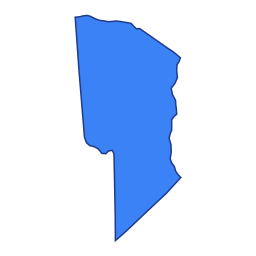 the district of São Luís do Curu, Ceará, Brazil
{"feature_id": "56859067B5197375737563", "entity_name": "São Luís do Curu", "entity_type": "district", "adm_level": 2, "iso_a3": "BRA", "parent_name": "Brazil", "parent_adm1": "Ceará", "projection": "equal_earth", "projection_center": [-39.255, -3.658], "detail": "fine", "context": "isolated", "style": "filled", "palette": "blue", "viewbox_px": 256, "rotation_deg": 0, "n_neighbors": 0, "source": "geoboundaries", "source_scale": "gbopen_adm2", "svg_char_len": 846}
<svg xmlns="http://www.w3.org/2000/svg" viewBox="0 0 256 256"><path d="M180.8,177.5L178.0,174.6L175.6,171.0L174.4,166.7L171.4,162.4L170.2,158.7L171.2,152.5L171.0,144.7L169.1,138.2L170.1,133.9L171.7,130.1L171.7,124.7L171.7,119.8L173.8,116.7L176.7,114.2L176.4,109.2L175.8,104.9L175.5,100.2L172.4,94.4L171.2,88.3L175.1,83.0L177.4,77.6L176.7,70.7L176.9,65.0L178.9,61.8L180.4,57.8L173.2,51.8L167.4,48.0L139.7,28.6L136.4,28.8L133.7,26.2L131.3,23.5L127.2,22.6L123.6,22.1L120.4,21.5L116.4,21.0L111.2,21.5L108.0,21.7L104.5,21.0L99.3,20.3L94.2,18.3L90.2,16.2L86.7,15.4L83.2,15.9L79.4,16.8L75.2,17.2L79.2,73.3L84.5,137.5L86.5,142.7L89.7,145.6L93.7,146.5L98.2,148.8L101.9,153.4L105.9,153.7L108.4,151.0L112.5,150.4L114.0,154.2L115.2,214.7L115.4,240.6L125.9,231.4L151.7,207.0L166.4,193.2L180.8,177.5Z" fill="#3b82f6" stroke="#1e3a8a" stroke-width="1.5"/></svg>